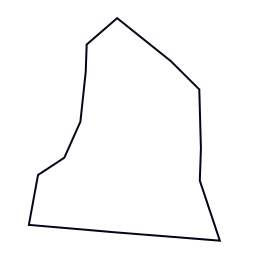 the state/province of Gudja, rotated 182°
{"feature_id": "MLT-5966", "entity_name": "Gudja", "entity_type": "state/province", "adm_level": 1, "iso_a3": "MLT", "parent_name": "Malta", "parent_adm1": "", "projection": "natural_earth1", "projection_center": [14.503, 35.844], "detail": "fine", "context": "isolated", "style": "outline", "palette": "ink", "viewbox_px": 256, "rotation_deg": 182, "n_neighbors": 0, "source": "natural_earth", "source_scale": "10m", "svg_char_len": 322}
<svg xmlns="http://www.w3.org/2000/svg" viewBox="0 0 256 256"><g transform="rotate(182 128 128)"><path d="M223.7,27.7L216.3,77.9L190.6,96.1L175.8,132.6L172.2,182.7L172.2,210.0L142.7,237.4L87.5,196.3L58.1,169.0L54.4,109.8L54.4,77.9L32.3,18.6L135.4,23.2L223.7,27.7Z" fill="none" stroke="#020617" stroke-width="2"/></g></svg>